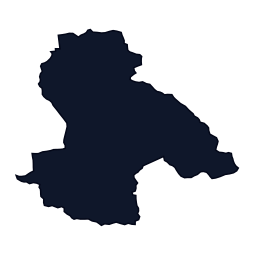 outline of Massaranduba, Santa Catarina, Brazil, rotated 271°
{"feature_id": "56859067B40963919376977", "entity_name": "Massaranduba", "entity_type": "district", "adm_level": 2, "iso_a3": "BRA", "parent_name": "Brazil", "parent_adm1": "Santa Catarina", "projection": "robinson", "projection_center": [-48.993, -26.644], "detail": "fine", "context": "isolated", "style": "filled", "palette": "ink", "viewbox_px": 256, "rotation_deg": 271, "n_neighbors": 0, "source": "geoboundaries", "source_scale": "gbopen_adm2", "svg_char_len": 2937}
<svg xmlns="http://www.w3.org/2000/svg" viewBox="0 0 256 256"><g transform="rotate(271 128 128)"><path d="M89.9,239.0L91.7,236.7L94.0,235.0L96.8,233.8L98.9,233.3L101.4,232.3L104.4,231.8L105.1,228.9L104.3,226.3L105.0,223.2L105.3,219.5L107.5,216.0L110.6,216.6L113.3,217.5L116.3,218.2L119.8,216.6L121.5,213.3L123.3,209.9L127.0,208.7L129.6,208.5L131.5,207.0L134.0,204.0L135.0,200.0L137.5,199.0L139.3,197.4L141.1,194.0L143.4,192.8L144.9,190.9L147.2,188.2L150.6,185.0L153.4,179.9L155.7,177.2L157.8,174.7L159.5,173.0L162.1,171.3L162.2,167.0L161.8,163.8L163.4,161.7L164.4,159.4L165.0,156.3L167.0,153.7L169.4,151.5L172.0,149.0L172.6,145.6L174.4,141.8L173.7,138.3L174.2,134.6L175.3,131.3L176.6,129.2L179.1,129.5L181.8,132.7L183.2,134.9L185.2,133.3L188.4,132.6L190.1,136.4L191.6,140.3L194.5,140.0L197.5,140.0L199.8,140.4L201.5,138.5L201.8,134.9L203.1,131.4L204.1,128.3L205.7,126.4L208.3,126.0L211.4,125.7L212.5,122.6L215.4,122.6L218.4,121.4L220.5,120.4L223.4,119.5L224.6,115.0L225.1,111.4L224.2,107.8L222.8,103.5L222.5,99.8L223.0,95.4L223.2,91.1L225.8,88.6L225.1,86.2L222.7,84.7L221.3,82.5L220.0,79.4L218.0,76.8L220.1,73.6L221.6,71.2L221.6,67.6L220.7,64.1L220.0,60.3L219.5,56.7L206.0,58.6L206.0,54.1L203.5,54.3L202.9,49.5L201.0,51.0L198.7,50.6L196.1,49.1L193.0,46.0L191.6,43.6L190.7,40.7L188.3,39.6L185.7,40.5L183.1,41.4L180.8,39.6L177.7,38.8L175.0,39.6L172.8,39.4L170.5,37.8L168.1,39.1L166.3,41.4L163.6,41.8L160.2,41.8L158.0,43.3L155.7,46.0L154.3,49.1L152.3,51.4L149.4,52.8L147.6,54.3L145.7,55.9L143.5,57.7L141.3,59.4L139.1,61.2L136.3,63.5L132.0,66.8L128.3,67.2L124.7,66.4L121.6,65.7L119.5,65.2L117.3,64.7L114.9,64.2L112.4,64.1L109.5,65.6L106.6,65.6L105.7,63.1L105.4,60.4L105.2,57.3L105.1,54.1L104.0,51.0L103.2,47.1L102.6,43.0L100.8,38.8L100.7,35.3L100.8,32.6L97.5,33.1L94.2,33.8L90.7,34.0L87.0,34.1L83.3,34.4L81.8,31.4L80.4,29.3L78.3,26.4L77.7,22.7L77.6,19.9L78.6,17.0L75.2,18.3L72.9,22.4L72.3,25.0L72.4,27.5L70.7,30.5L71.8,34.3L71.3,37.8L70.0,40.8L67.2,40.2L65.3,41.5L63.0,41.8L60.3,41.9L58.0,42.2L55.7,45.0L51.9,45.0L49.2,45.8L48.2,50.0L49.2,53.5L48.3,55.9L47.1,59.2L48.3,63.2L46.8,65.7L43.3,65.7L40.9,68.7L39.3,71.8L37.2,73.4L35.9,75.6L36.7,78.4L36.1,82.0L36.2,86.2L36.4,90.0L34.5,93.7L33.6,98.3L31.8,101.0L30.2,103.1L31.8,106.3L31.4,110.9L32.7,114.5L33.7,117.9L32.4,122.3L31.4,126.4L32.8,129.9L31.9,133.4L31.7,136.8L35.1,136.8L36.5,140.2L39.6,141.2L42.5,139.0L45.2,140.0L48.0,139.8L50.5,138.2L53.6,137.6L57.2,137.1L60.7,137.0L61.1,134.0L63.8,133.0L65.1,136.3L68.0,137.0L70.8,136.8L73.2,138.5L75.5,136.8L78.2,134.9L80.9,134.5L82.9,136.6L84.0,138.6L86.2,140.3L88.0,142.8L90.5,143.7L100.2,164.1L96.2,165.1L94.7,167.9L92.1,170.5L91.3,173.1L89.5,175.6L86.8,177.2L83.3,179.6L80.8,181.9L79.3,185.4L79.6,188.2L79.7,192.2L81.3,194.7L82.8,198.2L85.5,201.3L85.9,204.1L85.1,207.5L82.6,209.8L80.8,211.1L79.0,212.9L79.6,216.5L81.1,221.0L83.3,226.0L84.0,230.3L85.1,234.3L87.1,237.4L89.9,239.0Z" fill="#0f172a" stroke="#020617" stroke-width="1.5"/></g></svg>